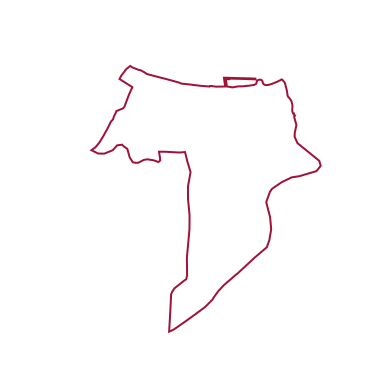 Town, Soufrière, Saint Lucia, rotated 112°
{"feature_id": "8701671B57419145053481", "entity_name": "Town", "entity_type": "district", "adm_level": 2, "iso_a3": "LCA", "parent_name": "Saint Lucia", "parent_adm1": "Soufrière", "projection": "equal_earth", "projection_center": [-61.059, 13.855], "detail": "fine", "context": "isolated", "style": "outline", "palette": "rose", "viewbox_px": 384, "rotation_deg": 112, "n_neighbors": 0, "source": "geoboundaries", "source_scale": "gbopen_adm2", "svg_char_len": 3092}
<svg xmlns="http://www.w3.org/2000/svg" viewBox="0 0 384 384"><g transform="rotate(112 192 192)"><path d="M80.3,127.2L81.0,127.2L81.7,126.9L81.5,127.4L80.8,128.2L80.0,128.9L79.5,129.3L79.0,129.5L78.6,129.7L78.2,129.9L77.6,130.0L76.6,130.4L75.2,130.8L74.2,131.3L73.4,131.7L72.8,132.2L72.2,132.7L71.3,133.2L70.6,133.8L70.1,134.4L69.5,135.2L68.8,136.4L68.4,137.0L68.0,137.7L67.9,138.3L67.5,138.7L67.1,139.2L66.8,139.5L66.4,139.8L65.7,140.1L65.0,140.5L64.2,141.0L63.5,141.5L62.8,141.9L62.1,142.3L61.5,142.7L60.7,143.3L59.9,144.0L59.2,144.5L58.7,144.9L58.0,145.3L57.2,145.8L56.8,146.2L55.8,147.2L55.4,147.7L55.0,148.6L54.6,149.3L54.2,150.1L54.0,150.7L54.1,151.2L55.2,151.9L55.8,152.5L57.5,154.0L58.8,155.3L59.9,156.4L60.6,157.1L61.1,157.7L61.9,158.5L62.4,159.2L63.2,160.1L63.9,161.1L64.3,161.7L64.7,162.3L64.9,163.0L65.2,163.6L65.4,164.3L65.2,165.7L64.8,166.7L64.4,167.1L64.1,167.4L63.3,167.8L62.8,168.3L62.5,168.7L62.2,169.4L62.2,170.7L62.6,171.6L63.0,172.1L63.6,172.8L64.3,173.3L65.3,173.3L66.6,173.1L67.2,173.0L67.7,173.1L69.0,174.1L69.6,174.8L72.1,179.0L73.1,181.0L73.4,181.6L74.0,182.6L75.1,184.8L75.6,185.9L75.8,186.5L76.2,187.5L77.1,189.3L77.8,190.4L78.7,191.9L79.6,193.3L79.9,193.8L80.2,195.3L80.5,197.0L80.9,198.3L81.1,198.8L81.0,199.3L80.4,199.6L74.6,202.9L73.5,199.8L72.9,200.1L72.0,197.6L70.2,192.8L68.2,187.5L66.4,182.5L66.0,181.4L65.2,179.2L64.5,177.3L63.8,175.3L63.1,175.7L65.2,181.5L69.0,191.5L72.4,200.8L74.1,205.2L81.1,201.1L81.7,200.7L82.4,202.3L82.7,203.0L83.3,204.3L83.5,204.9L84.0,206.1L84.7,207.7L85.4,209.4L85.7,210.7L86.2,212.6L86.4,213.6L86.8,214.5L87.2,215.3L87.7,215.4L90.2,223.4L92.4,231.4L92.5,232.1L94.1,237.7L95.1,241.1L95.3,242.2L95.5,242.9L95.4,245.1L96.6,255.6L98.5,270.0L99.5,277.8L99.4,278.8L99.2,279.3L99.0,280.5L98.7,281.7L98.7,282.7L98.4,284.2L98.4,285.2L98.8,287.6L98.8,290.8L98.8,294.1L98.5,295.5L98.3,296.5L102.7,299.0L110.9,301.2L114.4,301.5L117.1,286.6L125.4,286.9L138.5,286.6L138.9,286.8L140.2,287.2L145.3,292.4L147.3,292.4L151.4,292.7L154.3,292.4L156.9,293.5L159.6,293.7L164.7,294.1L173.7,295.2L180.3,296.3L186.6,298.2L190.9,300.9L191.0,299.5L191.1,298.7L191.5,293.5L189.3,287.7L182.9,281.1L176.8,278.9L174.3,274.5L175.2,272.6L176.2,268.2L179.4,265.7L183.3,262.7L186.6,258.0L186.0,255.0L185.0,252.8L180.3,248.7L178.4,245.6L177.0,239.6L176.8,234.4L174.7,233.3L172.1,234.6L167.0,237.7L164.7,231.9L160.2,218.7L157.6,213.4L165.5,207.7L174.1,200.8L188.4,197.8L199.9,193.1L214.8,185.4L227.5,180.4L254.6,172.2L257.8,170.9L265.8,167.5L269.3,166.1L271.3,165.3L275.0,164.7L278.2,166.7L287.9,172.2L291.9,173.0L294.8,173.0L299.3,171.4L309.7,167.8L330.0,160.9L327.5,158.4L326.2,157.3L310.5,147.1L293.6,136.7L284.1,132.7L281.3,132.3L274.6,130.6L273.6,130.3L266.6,127.6L259.3,123.9L253.4,120.9L252.0,120.2L251.7,119.8L229.1,109.2L215.1,101.9L207.5,102.3L196.9,104.6L186.0,110.2L180.5,114.3L173.6,119.4L162.7,119.8L158.9,118.9L149.3,112.5L141.1,105.1L137.0,98.2L132.5,92.6L126.0,84.4L119.5,82.5L115.4,85.7L111.3,99.1L107.2,112.5L102.4,117.5L98.6,118.9L90.7,120.3L84.2,125.4L82.7,125.2L82.9,125.8L80.3,127.2Z" fill="none" stroke="#9f1239" stroke-width="2"/></g></svg>